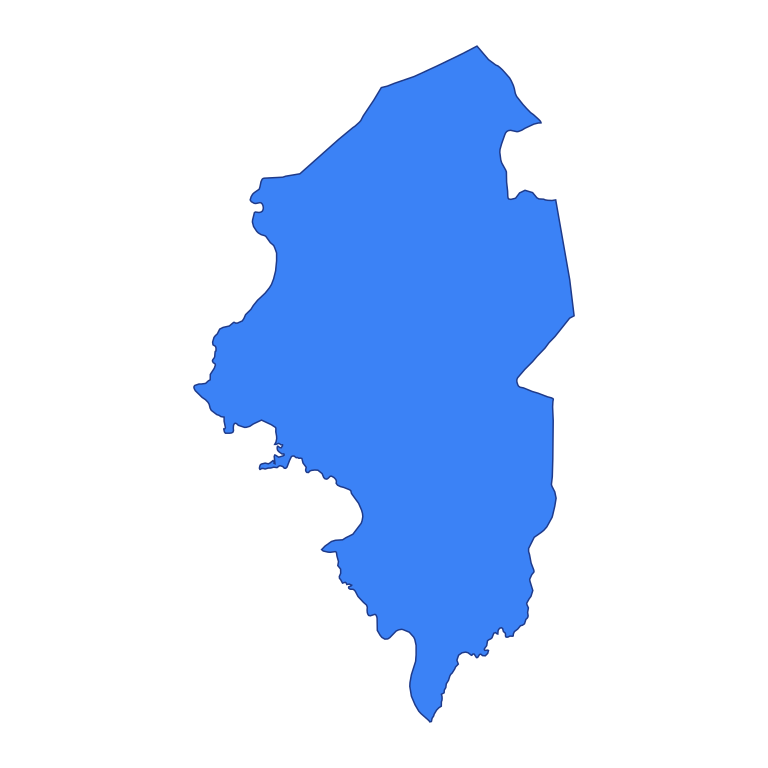 outline of Namasigue, Choluteca, Honduras
{"feature_id": "27666195B26128912402199", "entity_name": "Namasigue", "entity_type": "district", "adm_level": 2, "iso_a3": "HND", "parent_name": "Honduras", "parent_adm1": "Choluteca", "projection": "natural_earth1", "projection_center": [-87.151, 13.15], "detail": "fine", "context": "isolated", "style": "filled", "palette": "blue", "viewbox_px": 768, "rotation_deg": 0, "n_neighbors": 0, "source": "geoboundaries", "source_scale": "gbopen_adm2", "svg_char_len": 6114}
<svg xmlns="http://www.w3.org/2000/svg" viewBox="0 0 768 768"><path d="M429.8,721.9L431.4,721.5L432.1,718.3L433.7,715.9L434.1,714.3L436.6,710.1L438.8,707.8L441.3,706.2L441.4,701.8L442.0,700.1L442.1,698.4L442.0,696.4L441.4,694.3L444.1,692.8L444.3,690.1L445.8,687.6L446.3,683.8L448.5,680.3L449.9,675.8L450.8,674.3L452.1,673.1L454.7,669.0L455.6,666.9L458.3,664.1L456.9,660.2L458.6,655.2L462.0,652.8L465.5,652.1L468.0,652.7L471.4,655.3L472.0,655.1L473.0,654.0L474.2,654.1L476.3,657.4L476.8,657.7L477.7,657.4L479.4,654.7L480.2,654.2L481.0,654.3L482.5,655.6L485.3,655.8L487.7,653.4L488.5,650.5L487.8,650.1L484.9,650.4L484.3,649.7L484.4,648.8L486.7,645.6L487.5,640.8L488.7,639.8L490.7,638.9L492.0,637.8L493.8,633.2L495.6,632.6L496.8,633.7L497.8,634.0L498.1,630.7L498.6,629.5L499.8,628.2L501.3,627.7L502.6,628.5L503.4,631.5L505.2,633.1L505.5,634.2L505.5,636.1L506.1,637.1L507.9,637.1L509.9,636.1L512.9,636.2L513.2,635.8L513.4,633.8L514.4,631.6L517.7,629.1L520.5,625.7L522.5,625.2L524.5,623.8L525.9,619.4L527.1,618.3L527.9,617.0L528.1,615.7L527.6,612.4L528.4,607.9L526.9,604.5L526.7,603.2L529.1,598.9L531.0,596.3L532.8,590.5L529.9,581.0L529.7,579.2L531.8,574.6L533.8,572.2L534.0,571.5L533.8,570.1L531.1,563.0L529.5,554.5L528.6,551.5L528.6,548.5L534.2,537.3L541.2,532.4L543.8,530.3L546.8,526.9L549.4,522.2L552.1,517.3L552.7,515.1L554.8,506.1L556.1,498.2L554.8,491.9L551.9,486.2L551.4,484.4L552.3,476.7L552.8,459.0L553.2,420.6L552.6,406.9L552.9,401.5L553.3,399.3L553.0,398.6L551.3,397.8L547.4,396.8L538.1,393.2L532.3,391.5L523.5,387.9L520.0,387.2L518.5,386.1L517.8,384.8L516.9,382.0L516.8,379.8L517.6,377.8L524.8,369.4L532.6,361.6L537.1,356.3L545.0,348.1L549.0,342.7L555.0,336.5L569.6,318.2L574.1,315.8L569.7,279.6L555.7,199.9L552.0,200.5L547.7,200.3L545.3,199.9L543.7,199.2L538.9,198.9L536.9,197.8L532.6,192.6L525.0,190.3L519.6,192.9L515.6,198.2L510.9,199.4L508.8,199.0L508.1,198.1L507.8,196.3L507.6,191.1L506.6,182.1L506.4,171.9L505.7,170.1L501.7,162.9L500.8,160.0L499.8,152.3L500.0,149.5L501.6,143.8L504.7,135.0L505.6,132.9L506.8,131.5L508.4,130.6L510.6,130.3L517.0,131.7L518.4,131.5L521.8,130.2L525.1,128.2L533.9,124.1L538.3,123.0L541.0,122.9L541.0,122.4L540.2,121.0L538.8,119.5L533.5,114.7L530.6,112.6L526.5,108.4L522.8,104.3L516.6,96.4L515.3,93.4L514.3,88.5L513.3,85.3L511.2,80.7L509.5,77.8L502.4,69.8L499.9,67.5L497.9,65.9L495.7,65.0L488.5,59.6L477.0,46.1L462.0,53.9L437.4,65.8L414.2,76.5L394.2,83.4L387.4,86.1L381.3,87.6L373.8,100.1L363.3,115.8L360.8,120.6L359.3,122.3L355.0,126.2L352.9,127.6L338.5,139.5L299.9,173.8L285.7,176.2L282.8,177.2L264.0,178.2L262.9,178.6L262.1,179.3L261.0,181.7L260.0,186.7L259.2,189.2L254.2,192.7L252.7,194.1L251.2,196.6L250.2,199.8L250.5,200.6L251.5,201.8L254.2,203.3L255.8,203.5L260.0,202.6L261.3,203.0L262.3,204.1L263.0,205.7L263.3,207.6L263.2,209.2L262.4,211.1L260.9,212.1L259.0,212.5L255.4,212.0L254.4,212.6L252.6,219.9L252.4,222.0L253.6,226.6L256.7,231.3L258.3,232.9L261.1,234.6L264.5,235.6L265.8,236.3L270.3,242.6L273.7,245.5L274.9,248.2L276.6,253.0L276.6,260.9L275.6,270.9L273.6,278.9L271.5,284.4L269.5,287.7L265.1,293.2L257.6,300.2L253.3,305.5L250.9,309.4L245.6,314.6L243.9,318.5L242.3,320.9L237.4,323.1L235.5,323.1L234.5,322.4L233.6,322.4L229.3,326.0L223.1,327.4L219.7,329.1L217.3,333.9L215.4,335.6L214.0,337.4L212.6,342.1L213.0,344.8L215.5,346.4L216.0,348.0L216.0,350.9L215.4,351.2L215.1,351.8L214.7,356.7L214.2,357.9L212.8,359.7L212.4,360.9L213.2,362.6L215.0,363.8L215.4,365.0L214.3,368.2L210.3,374.4L210.2,379.8L208.4,380.8L205.6,383.4L201.4,384.0L199.0,384.0L194.9,385.4L194.2,386.2L193.9,387.1L194.2,388.6L195.3,390.7L202.1,397.4L205.5,399.7L208.0,402.3L209.2,404.4L210.1,408.1L211.3,410.4L216.8,414.6L219.0,415.3L220.9,416.6L224.1,417.1L224.1,421.2L225.4,427.5L225.0,428.6L224.5,429.0L223.9,428.8L223.8,429.2L224.4,431.9L225.4,433.2L229.7,433.2L231.6,432.9L232.9,432.2L233.5,430.7L233.3,428.1L233.5,425.5L234.1,424.0L235.1,423.2L236.5,423.6L238.3,425.3L244.6,427.4L246.3,427.3L249.8,426.3L253.4,423.9L261.5,420.1L271.3,424.7L275.6,427.5L275.9,428.7L275.8,431.8L276.6,436.2L276.7,438.7L276.0,442.0L274.7,444.4L275.8,444.4L278.6,443.4L279.5,443.7L280.9,444.8L282.5,444.8L282.5,445.9L281.1,447.8L279.5,447.4L278.0,446.2L277.5,446.2L277.2,447.3L277.2,448.9L277.6,450.2L278.6,451.5L282.0,454.0L283.8,453.9L284.1,454.4L284.1,455.2L283.2,455.8L278.7,457.2L275.4,455.1L274.7,455.0L274.2,456.5L275.0,463.7L274.0,463.3L274.3,461.7L273.6,461.4L273.0,460.6L269.8,463.1L268.3,463.8L265.2,463.1L261.8,463.9L260.5,464.6L259.8,466.1L259.4,468.2L259.9,469.4L260.4,469.4L261.6,468.5L263.3,468.5L265.1,469.0L268.2,468.1L270.7,468.0L273.7,467.2L277.0,467.6L279.3,465.9L280.1,465.7L282.7,466.5L284.3,468.2L285.7,468.3L287.0,467.1L289.6,460.3L291.3,456.8L292.2,456.1L294.0,456.0L296.2,457.7L297.4,457.5L298.9,458.3L300.6,458.1L301.9,458.5L303.0,463.0L306.2,467.3L305.6,470.0L306.0,471.5L306.8,472.4L308.5,472.5L309.9,471.0L311.5,470.4L314.8,470.0L317.9,470.2L322.1,473.6L323.7,477.5L325.0,478.8L326.8,479.1L327.9,478.5L330.2,476.3L331.1,476.1L332.2,476.5L334.2,477.7L335.8,479.5L336.4,481.1L336.2,483.4L337.6,485.2L340.5,486.6L343.7,487.4L349.7,489.8L350.9,490.9L351.4,493.3L352.4,494.8L358.6,503.3L361.6,510.2L362.5,513.5L362.8,516.6L362.1,520.7L361.2,523.3L352.9,534.2L345.9,537.7L342.6,539.8L335.3,540.3L331.4,541.5L325.0,546.1L321.6,549.6L323.2,551.0L327.9,552.1L330.3,552.3L335.3,551.6L336.4,552.3L337.0,556.2L338.5,561.6L337.8,565.6L340.6,569.1L340.7,573.3L339.3,576.5L339.5,578.4L340.6,579.6L342.5,583.1L345.2,582.3L346.3,583.1L346.8,584.5L349.4,584.1L351.7,585.2L351.1,585.9L348.8,586.8L348.6,587.4L348.8,588.3L350.1,589.2L353.1,589.3L354.4,590.2L355.3,591.3L358.0,596.5L363.5,602.4L366.5,605.0L367.3,607.1L367.1,610.2L367.3,612.6L367.8,614.1L368.6,615.4L370.3,615.8L374.6,614.4L375.4,614.5L376.1,615.2L376.8,616.8L377.1,618.3L377.3,630.4L380.1,635.2L381.9,637.4L384.8,639.1L387.8,638.9L389.8,637.6L396.2,631.0L398.7,629.8L401.7,629.3L403.0,629.6L409.3,632.2L413.7,637.1L414.8,639.4L416.1,645.4L416.1,654.9L415.6,661.4L411.4,674.7L410.0,682.6L409.8,686.4L411.4,696.2L415.1,704.9L418.8,711.2L421.0,713.6L429.0,720.7L429.8,721.9Z" fill="#3b82f6" stroke="#1e3a8a" stroke-width="1.5"/></svg>